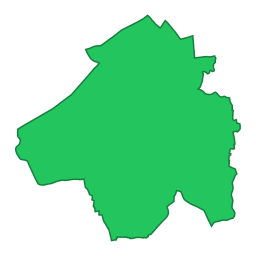 Tha Chang, Sing Buri, Thailand
{"feature_id": "78962969B22910342197122", "entity_name": "Tha Chang", "entity_type": "district", "adm_level": 2, "iso_a3": "THA", "parent_name": "Thailand", "parent_adm1": "Sing Buri", "projection": "albers", "projection_center": [100.401, 14.78], "detail": "fine", "context": "isolated", "style": "filled", "palette": "green", "viewbox_px": 256, "rotation_deg": 0, "n_neighbors": 0, "source": "geoboundaries", "source_scale": "gbopen_adm2", "svg_char_len": 5692}
<svg xmlns="http://www.w3.org/2000/svg" viewBox="0 0 256 256"><path d="M17.6,129.3L17.8,129.8L17.9,130.6L17.6,132.2L17.6,133.1L17.7,135.8L17.9,136.4L18.2,137.0L18.6,137.5L19.6,138.6L20.0,139.2L20.2,139.8L20.3,140.7L20.0,142.4L19.8,143.1L19.3,144.3L18.1,145.5L17.4,146.0L16.7,146.6L16.3,147.1L16.0,147.8L15.8,148.4L15.8,149.4L15.8,150.4L16.0,151.3L16.7,153.5L19.7,158.3L20.6,159.2L21.1,159.4L25.0,160.1L26.3,160.5L26.9,160.8L27.2,161.1L27.5,161.5L28.0,162.4L30.0,167.1L31.9,171.1L34.5,176.7L36.4,180.6L37.8,183.2L38.4,184.0L39.1,184.4L40.2,184.8L43.0,185.1L44.1,185.0L47.6,184.1L51.0,183.6L53.0,182.9L54.8,182.2L57.4,181.2L61.1,180.3L62.6,180.2L64.2,180.2L64.6,180.3L65.0,180.5L67.5,180.1L69.4,180.0L69.8,179.7L70.1,179.7L74.3,179.2L74.7,179.2L75.7,179.4L76.4,179.4L77.4,179.3L79.0,179.5L80.9,179.5L82.4,179.4L84.0,179.2L84.0,179.3L85.2,186.2L85.4,187.3L85.7,187.6L87.5,189.4L88.8,192.2L89.4,194.0L89.8,194.6L90.6,195.0L91.4,195.3L92.3,195.8L92.4,197.4L91.9,199.8L94.0,200.6L94.2,200.8L94.2,201.4L93.5,204.7L93.5,206.7L93.5,206.8L94.5,207.0L94.6,208.2L94.9,209.6L95.0,211.2L95.1,211.6L95.4,211.7L99.0,210.9L99.0,211.2L99.0,215.0L102.1,215.0L103.2,219.6L103.6,220.9L106.5,225.7L107.8,228.1L108.1,228.0L109.0,230.1L109.3,231.1L110.3,235.3L110.8,237.2L111.5,240.6L113.8,240.3L114.0,240.1L114.3,239.9L116.3,239.9L116.5,237.9L117.4,237.9L117.4,236.9L118.1,236.9L119.5,237.1L121.3,237.2L122.9,237.2L124.0,237.1L125.9,237.2L127.6,237.4L127.7,237.7L127.9,237.7L129.5,237.7L129.6,237.8L129.6,238.2L129.7,238.4L131.7,238.5L132.7,238.4L135.2,237.7L136.5,237.5L138.5,237.4L139.7,237.4L143.3,237.9L143.5,237.8L143.5,237.5L146.4,237.9L146.6,237.8L146.9,237.2L147.6,237.0L148.0,236.8L148.2,236.5L148.3,235.4L148.7,234.8L148.9,234.8L149.5,234.8L150.0,234.5L150.6,234.5L150.8,234.4L157.9,226.4L161.7,222.2L166.2,217.6L167.1,216.4L167.6,215.5L168.0,214.6L168.3,213.8L168.4,213.1L168.4,212.4L168.3,211.2L167.8,209.2L167.1,207.6L167.0,207.1L167.1,206.6L167.3,206.4L172.1,202.8L173.6,201.7L173.8,201.5L173.9,201.2L174.0,200.9L174.0,198.1L174.2,196.3L174.2,196.0L174.4,195.7L175.0,195.2L175.3,194.7L175.6,194.1L176.0,192.7L176.5,190.7L178.2,190.9L179.2,191.1L180.0,191.4L180.7,191.8L181.1,192.2L181.7,193.1L182.4,195.4L183.1,197.2L183.5,198.1L183.8,198.7L184.4,199.4L185.1,200.1L185.9,200.8L187.2,201.7L189.4,203.1L191.9,204.5L193.4,205.2L195.7,206.1L197.9,207.1L200.7,208.7L202.5,209.6L204.0,210.5L204.5,211.3L208.1,219.4L211.5,226.2L212.6,224.7L212.7,224.4L213.6,223.1L214.0,222.7L214.5,222.3L214.9,222.1L215.5,221.9L218.7,221.2L222.0,220.3L222.9,220.1L223.8,220.1L226.0,220.2L226.8,220.2L227.7,220.0L230.1,218.9L232.7,218.2L233.2,218.0L233.6,217.6L233.9,217.1L234.2,216.4L234.5,215.6L234.7,214.3L234.8,213.1L234.7,212.5L234.4,211.8L234.0,211.0L233.0,209.5L232.5,208.7L232.2,208.2L232.1,207.5L232.0,206.2L232.2,204.5L232.7,202.0L232.9,200.8L232.6,199.5L231.4,195.4L231.4,194.9L231.5,193.7L231.7,192.8L232.4,191.1L233.0,188.9L233.0,188.1L232.9,186.4L232.7,185.3L232.5,184.4L232.3,183.4L232.5,182.1L232.8,181.3L233.3,180.1L235.1,175.8L235.8,174.8L236.8,173.8L235.1,168.9L234.0,168.4L233.4,168.3L232.4,167.9L229.0,166.2L228.9,166.1L228.9,164.7L229.0,164.4L229.4,163.1L228.9,162.9L229.5,160.4L229.0,160.3L228.8,160.3L228.8,160.2L229.0,157.1L229.0,156.2L229.2,155.8L230.3,155.2L230.5,155.1L230.6,154.8L230.8,153.8L229.2,153.0L229.5,152.6L229.9,151.3L230.0,150.5L230.0,149.5L230.0,149.2L230.5,149.0L231.3,148.8L231.7,148.8L232.6,149.0L234.0,149.0L234.3,148.8L234.1,144.3L234.3,144.3L234.9,144.2L234.9,143.4L234.3,138.4L233.6,134.9L233.2,133.2L232.9,132.6L233.7,131.9L234.2,131.7L235.4,131.3L235.7,131.3L237.1,131.8L237.5,131.9L238.0,131.5L238.7,130.7L239.8,129.4L240.0,129.2L240.1,128.9L240.1,127.0L240.2,126.1L240.1,125.3L239.8,124.3L239.9,123.9L238.9,123.5L236.6,122.9L236.4,119.9L236.2,119.6L235.4,120.1L235.0,120.3L234.8,120.4L233.3,120.1L232.9,119.8L232.7,119.1L232.7,117.3L233.0,112.0L233.2,110.4L232.2,110.3L232.3,108.0L232.3,105.6L232.1,105.2L230.9,103.3L230.4,102.2L229.9,100.5L229.6,98.1L228.6,97.7L226.9,97.5L226.3,97.3L225.7,97.0L224.9,96.5L224.4,96.3L224.0,96.3L222.4,96.9L221.5,97.0L220.9,97.0L220.4,96.8L219.8,96.5L219.3,96.1L218.0,94.7L216.3,92.7L215.8,92.4L215.2,92.3L214.8,92.3L214.6,92.4L213.2,93.4L212.7,93.7L211.6,94.2L211.0,94.4L210.2,94.5L209.4,94.5L207.3,94.3L206.5,94.1L204.9,93.5L204.7,93.2L203.9,92.1L203.2,91.5L202.3,90.8L199.4,89.3L199.0,89.2L198.1,89.2L198.2,88.6L199.8,87.4L200.2,86.9L201.0,84.9L202.1,81.7L202.4,80.6L202.7,77.7L203.1,75.7L203.4,74.2L203.4,73.9L203.3,73.5L202.6,72.7L202.4,72.4L202.4,72.1L202.5,71.9L202.8,71.7L203.6,71.5L204.2,71.5L204.5,71.5L205.6,72.3L206.5,72.8L207.1,73.6L207.2,73.8L207.4,73.8L208.7,73.4L209.2,73.0L209.4,72.6L209.6,72.1L209.9,70.7L210.1,70.4L210.6,70.4L211.0,70.5L212.0,71.3L212.4,71.5L213.0,71.3L213.8,71.0L214.1,70.8L214.2,70.6L214.3,70.3L214.2,69.8L213.4,67.4L213.5,64.7L213.6,64.2L213.9,63.7L215.2,62.6L215.3,62.5L215.3,62.2L215.3,61.4L215.2,60.6L215.3,60.0L215.3,59.7L215.8,58.7L215.8,58.4L215.7,57.9L214.7,56.5L214.7,56.3L214.7,56.0L213.7,56.1L211.2,56.8L210.4,56.9L209.2,56.9L206.9,56.6L205.9,56.6L205.1,56.7L199.0,57.4L196.4,57.8L194.6,57.9L194.1,50.8L193.8,48.7L193.5,44.2L192.8,35.8L188.9,37.1L180.5,39.3L175.5,32.4L171.5,27.6L168.3,23.7L167.0,22.2L165.2,20.6L163.2,23.7L162.2,25.3L160.2,28.0L156.4,24.9L154.9,23.4L153.4,21.6L152.1,20.3L150.7,18.5L149.0,16.5L147.6,15.4L143.2,18.8L138.1,21.7L121.5,30.1L113.7,36.3L100.6,45.8L98.7,45.9L96.7,45.9L94.3,46.4L93.5,46.7L89.8,48.3L85.7,49.5L86.6,51.7L88.3,54.9L90.2,57.8L91.0,58.9L92.4,60.1L93.6,60.9L94.6,61.4L96.8,62.1L99.3,63.2L97.5,65.4L95.6,67.3L94.6,68.0L94.3,68.6L93.7,69.1L88.3,75.5L71.4,94.7L52.8,108.7L22.9,126.0L17.6,129.3Z" fill="#22c55e" stroke="#15803d" stroke-width="1.5"/></svg>